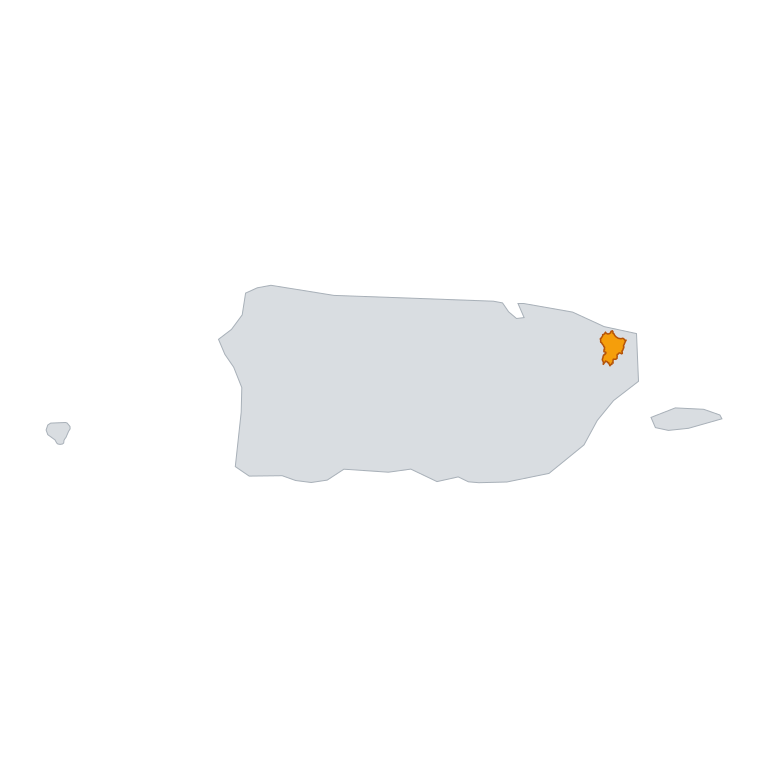 Luquillo, Puerto Rico shown in context
{"feature_id": "32010507B254490582873", "entity_name": "Luquillo", "entity_type": "district", "adm_level": 2, "iso_a3": "PRI", "parent_name": "Puerto Rico", "parent_adm1": "", "projection": "equal_earth", "projection_center": [-65.727, 18.339], "detail": "fine", "context": "in_parent", "style": "filled", "palette": "amber", "viewbox_px": 768, "rotation_deg": 0, "n_neighbors": 0, "source": "geoboundaries", "source_scale": "gbopen_adm2", "svg_char_len": 2769}
<svg xmlns="http://www.w3.org/2000/svg" viewBox="0 0 768 768"><path d="M508.6,311.8L516.5,318.5L524.1,317.6L518.0,303.5L523.6,303.5L572.6,312.1L604.1,326.6L636.5,333.6L638.5,381.3L613.6,400.5L597.3,420.4L584.0,444.9L549.0,473.4L506.9,482.0L478.8,482.7L468.4,481.8L458.2,476.9L437.0,481.6L410.8,469.1L388.4,472.2L343.9,469.2L327.2,480.1L311.2,482.5L295.6,480.5L282.2,475.7L249.2,476.1L235.3,466.6L241.2,412.2L241.8,387.6L233.7,367.2L224.9,354.4L218.5,339.3L231.5,329.4L242.2,314.9L245.6,293.1L257.3,287.8L270.9,285.3L333.9,295.4L493.4,301.2L502.5,302.9L508.6,311.8ZM688.5,428.3L668.4,430.4L655.4,427.6L651.0,417.4L675.3,407.9L703.7,409.3L719.9,415.0L721.9,418.8L688.5,428.3ZM62.5,444.0L60.1,444.4L57.8,444.0L56.7,443.0L55.0,439.9L47.8,434.7L46.1,430.0L47.8,425.0L50.7,423.1L65.5,422.5L67.1,423.0L70.0,426.5L70.1,428.9L68.6,431.3L66.0,437.3L64.9,438.8L64.0,440.3L63.7,443.0L62.5,444.0Z" fill="#d9dde1" stroke="#a8b0b8" stroke-width="1"/><path d="M626.0,340.3L624.7,340.0L623.8,338.8L622.9,338.3L622.7,338.3L621.0,338.7L620.3,338.6L618.3,338.3L616.1,336.9L615.8,336.6L615.3,336.0L615.1,335.9L614.6,335.3L614.6,335.2L614.3,334.5L614.0,333.9L613.7,333.7L613.1,333.4L613.0,332.9L613.0,332.2L612.9,331.5L612.3,330.8L611.9,331.0L611.6,331.1L611.0,331.4L610.6,332.8L609.8,333.3L609.1,333.8L608.9,333.8L608.6,333.9L608.2,333.9L607.7,333.9L607.3,333.9L605.7,332.8L605.6,332.5L605.5,332.3L605.2,332.5L604.6,333.9L603.9,334.2L602.7,334.7L602.7,335.7L602.1,336.7L601.8,337.2L601.3,337.6L601.1,338.4L600.6,338.6L600.3,338.9L600.6,339.9L600.7,340.9L600.6,341.4L600.8,342.3L601.7,342.8L602.0,343.6L603.5,345.5L603.9,346.7L604.4,346.9L604.6,347.3L604.4,348.1L604.5,349.6L604.0,349.8L604.0,350.4L603.9,351.2L604.0,351.7L604.1,351.8L605.2,352.0L605.5,352.4L605.8,352.4L605.9,352.8L605.7,353.5L605.1,353.7L605.0,354.4L604.5,354.5L604.2,354.9L603.8,354.9L603.5,355.2L603.5,355.7L603.2,356.1L603.0,357.0L603.0,357.8L602.6,358.2L602.5,359.1L602.3,359.5L602.6,360.7L603.1,361.4L603.4,362.3L603.3,363.6L603.2,364.8L603.6,363.9L604.6,362.6L605.1,362.1L605.5,361.1L606.1,361.2L606.5,361.6L607.2,361.7L607.8,362.6L608.4,363.1L608.7,362.9L609.0,363.9L609.6,364.8L609.8,365.6L610.1,365.6L610.2,364.9L610.8,364.8L611.1,364.4L611.8,364.3L611.9,363.4L612.2,363.0L613.1,362.9L612.9,361.6L613.1,360.9L613.0,360.1L613.4,359.2L615.9,359.3L616.2,358.8L617.0,358.4L617.0,357.8L617.2,356.7L617.0,355.2L617.3,354.4L617.7,354.4L618.2,354.0L618.6,353.3L619.5,352.9L620.5,353.2L621.0,353.5L621.7,353.8L622.3,353.4L622.3,353.2L622.2,351.9L621.9,351.2L622.8,350.1L622.9,349.6L623.2,349.1L623.3,348.2L623.7,348.0L623.9,346.9L623.6,346.6L623.5,345.9L623.6,345.4L624.0,344.7L624.5,343.6L624.6,343.3L624.6,343.0L624.9,342.7L625.3,341.4L625.7,341.0L626.0,340.3Z" fill="#f59e0b" stroke="#b45309" stroke-width="1.5"/></svg>